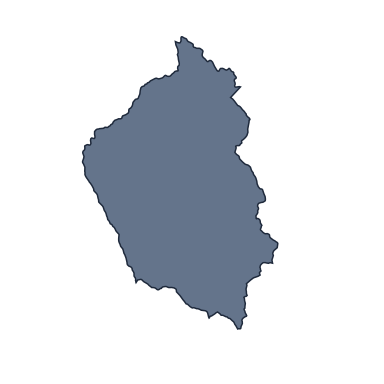 Carlos Fermin Fitzcarrald, Áncash, Peru, rotated 334°
{"feature_id": "86281439B49389172682123", "entity_name": "Carlos Fermin Fitzcarrald", "entity_type": "district", "adm_level": 2, "iso_a3": "PER", "parent_name": "Peru", "parent_adm1": "Áncash", "projection": "equal_earth", "projection_center": [-77.23, -9.052], "detail": "fine", "context": "isolated", "style": "filled", "palette": "slate", "viewbox_px": 384, "rotation_deg": 334, "n_neighbors": 0, "source": "geoboundaries", "source_scale": "gbopen_adm2", "svg_char_len": 6027}
<svg xmlns="http://www.w3.org/2000/svg" viewBox="0 0 384 384"><g transform="rotate(334 192 192)"><path d="M281.6,118.8L280.7,118.0L277.4,117.0L277.0,116.7L276.7,116.2L276.8,115.5L277.0,115.0L277.9,114.2L278.5,113.0L278.7,110.7L279.1,109.9L279.9,109.3L281.1,109.2L281.6,109.0L282.0,108.2L281.2,104.4L281.8,103.1L281.7,102.3L280.8,101.4L280.3,100.5L280.1,98.3L279.8,97.4L279.6,97.2L279.3,97.1L278.2,97.5L276.5,97.6L275.5,96.7L274.4,95.0L273.5,94.2L271.8,93.5L271.0,93.8L269.2,95.1L268.7,95.0L268.3,94.7L267.9,94.2L267.7,93.4L267.3,89.0L267.4,84.3L267.2,83.6L266.7,82.3L266.0,81.7L265.3,81.5L263.5,81.8L262.9,81.4L261.9,77.7L261.1,76.1L260.9,74.4L261.1,73.5L261.7,72.5L263.5,70.4L263.6,69.5L263.3,68.6L262.1,66.5L261.5,66.0L259.2,64.9L258.2,63.6L257.1,62.7L256.9,61.7L257.6,60.3L257.6,59.4L256.2,57.1L254.5,55.1L254.2,54.0L254.1,52.2L253.8,51.5L252.7,50.4L251.3,48.3L250.5,47.9L250.0,48.2L249.3,49.3L248.4,51.4L246.8,52.6L246.0,52.5L245.6,52.2L244.6,51.4L243.0,49.5L242.0,52.9L241.8,57.4L240.8,60.4L240.2,61.2L239.1,62.1L238.8,64.4L237.8,67.2L237.0,70.7L236.1,72.3L235.4,72.7L234.7,72.8L234.0,73.3L233.2,74.8L233.0,76.3L232.7,76.8L232.4,77.0L231.0,76.4L229.4,76.2L227.7,76.9L225.6,77.3L223.8,78.1L222.6,78.2L221.4,77.7L220.6,77.2L219.6,75.8L219.2,75.5L218.5,75.5L215.9,76.4L215.0,76.4L211.7,75.8L209.7,74.0L208.5,73.8L203.3,73.9L201.5,74.6L199.8,74.4L198.6,75.1L197.1,74.7L196.1,75.4L195.4,75.7L193.3,75.4L191.9,75.9L191.5,76.2L189.9,78.2L188.2,80.9L187.2,81.9L186.3,82.6L184.7,84.2L183.9,84.4L182.3,84.0L181.6,84.0L178.7,85.3L177.9,86.0L176.8,87.6L175.5,88.8L173.6,89.7L172.0,89.8L171.6,90.1L171.0,90.8L170.5,92.0L169.3,93.1L166.4,93.5L163.1,93.2L162.5,93.5L161.2,94.9L160.5,95.0L159.4,94.7L158.1,94.0L156.7,94.0L154.0,93.7L151.8,94.6L150.5,95.8L148.6,95.9L147.3,96.6L145.9,96.6L144.7,97.0L144.2,96.9L142.3,95.7L141.4,95.7L140.5,96.0L136.6,94.5L135.4,94.4L134.3,93.9L133.1,94.0L131.0,94.9L129.7,97.4L129.2,99.4L128.5,100.7L127.7,101.1L127.1,100.8L125.6,99.5L124.5,99.7L123.4,101.1L122.5,104.0L121.3,105.0L120.1,104.8L119.3,103.9L118.5,103.5L116.0,103.5L115.5,104.1L115.0,105.6L114.1,106.8L113.6,107.1L112.0,107.6L111.2,108.5L110.9,109.3L110.6,111.9L110.5,112.7L109.5,114.1L107.1,116.5L106.8,117.1L106.6,117.8L106.8,118.8L106.6,122.8L105.3,125.3L104.8,126.1L104.3,127.8L103.5,129.2L103.3,130.6L103.4,132.6L104.1,137.1L104.1,138.2L104.5,139.5L104.9,142.2L105.0,145.8L104.8,146.6L104.5,147.3L104.4,148.0L105.5,151.5L105.7,153.0L104.8,156.7L104.6,158.1L104.0,159.5L103.8,160.3L105.4,165.1L105.6,166.5L105.1,170.1L105.4,172.2L105.3,173.8L104.8,176.1L104.8,177.5L104.2,179.8L104.8,182.1L104.6,184.5L104.7,184.9L105.5,185.8L105.7,186.2L105.8,188.3L106.3,189.1L106.6,190.1L106.7,191.7L106.6,193.1L106.7,194.2L107.8,198.0L107.7,198.4L105.9,201.3L105.1,202.9L104.7,203.9L104.4,205.7L104.4,207.7L104.1,209.2L104.3,210.7L104.8,212.5L104.7,213.9L104.0,217.2L104.1,219.0L103.8,222.3L102.8,226.6L102.2,228.2L102.1,229.2L102.8,231.0L103.8,232.0L104.2,232.6L104.6,233.9L104.6,234.7L104.1,235.8L104.4,238.2L104.3,239.5L103.1,242.1L103.1,243.0L103.4,244.1L103.1,245.9L102.5,246.6L102.5,247.5L102.1,248.1L102.0,248.9L104.6,247.3L107.5,248.0L108.3,248.6L109.3,251.4L111.9,255.3L112.4,257.0L114.0,260.3L115.0,260.7L116.4,261.7L117.1,262.6L117.8,264.2L118.5,265.0L119.3,265.2L121.5,264.9L122.2,265.2L123.1,264.7L124.0,264.5L125.9,265.0L127.2,265.5L128.0,266.3L128.8,267.3L129.4,267.8L131.9,268.9L133.9,270.4L134.9,272.0L135.1,272.7L134.3,274.9L135.8,279.8L136.7,285.1L137.1,286.6L137.7,290.0L138.8,290.9L140.1,294.3L141.4,296.3L143.0,296.8L145.0,298.9L146.2,299.5L147.4,300.8L148.5,302.3L152.1,304.7L153.0,306.2L153.0,307.7L152.1,311.8L152.1,312.8L152.5,312.7L153.8,311.6L155.2,312.0L159.2,311.5L160.6,311.1L162.4,311.1L163.8,313.9L164.0,315.2L164.3,315.6L165.8,316.4L167.9,319.1L168.7,319.5L169.2,320.9L169.8,321.7L170.7,322.4L171.8,325.4L172.5,326.9L172.6,327.7L172.5,329.8L172.8,331.3L173.0,335.2L174.1,335.3L175.1,336.0L175.7,336.1L176.3,335.7L177.0,334.5L179.6,332.3L180.4,330.4L180.5,329.4L181.3,328.4L182.9,327.7L184.9,327.4L186.4,327.5L186.9,327.2L187.0,326.3L186.9,323.7L187.2,322.6L187.3,320.5L187.5,320.0L188.6,319.6L189.5,317.9L191.1,315.5L191.6,312.8L192.4,310.7L192.5,309.4L193.9,309.2L194.9,309.5L195.5,309.4L196.3,309.0L196.2,308.3L196.5,306.9L197.2,305.4L197.6,304.0L198.1,302.8L200.5,299.9L200.7,298.3L206.1,296.8L209.7,296.1L214.5,296.7L216.8,296.5L217.1,294.3L217.6,293.8L218.9,293.5L219.4,293.2L219.5,291.8L220.0,290.4L220.0,289.5L221.1,288.2L221.7,287.7L223.1,287.1L224.9,286.7L226.8,287.5L227.4,288.1L229.5,289.6L231.2,289.7L233.2,291.3L234.0,288.2L237.3,284.7L237.5,283.0L238.0,282.1L239.8,280.6L244.2,279.4L246.5,276.0L246.6,275.4L246.4,274.6L245.7,273.6L245.0,272.1L244.1,271.0L242.3,267.4L242.2,266.5L242.8,264.5L242.6,263.8L242.1,263.1L241.3,262.3L240.0,261.9L239.1,261.2L238.1,259.5L237.5,257.5L237.0,256.4L237.0,255.9L237.4,255.2L238.4,254.4L239.4,253.1L240.2,252.6L239.9,249.9L240.6,247.7L240.7,246.7L240.4,245.9L239.8,244.9L238.9,244.3L238.2,244.3L238.1,244.0L239.0,241.4L240.9,240.3L242.0,239.5L242.4,238.7L242.7,237.7L244.4,236.3L244.7,235.4L244.7,233.5L245.5,232.3L246.5,231.6L247.5,231.4L249.8,231.8L251.2,232.3L253.6,232.1L254.2,231.7L254.9,230.5L255.7,228.1L255.8,225.3L256.4,220.9L256.2,220.2L255.7,219.7L254.7,219.1L254.4,218.4L253.9,216.3L254.1,213.3L255.0,210.6L255.5,207.6L255.5,206.1L255.0,203.1L255.4,201.3L255.0,199.8L255.0,198.1L255.4,195.3L254.7,193.4L254.1,192.3L252.5,190.9L251.8,190.0L250.5,186.9L249.4,183.3L249.4,182.7L249.9,180.7L249.7,179.8L248.5,177.7L247.9,175.2L250.8,172.0L251.2,171.2L251.2,170.3L251.4,170.0L253.0,170.1L254.1,170.7L255.2,171.0L256.6,170.1L258.0,169.9L258.4,169.5L258.5,168.7L259.1,167.6L261.2,167.3L264.0,166.4L266.1,165.3L268.4,162.9L269.7,159.8L273.8,154.3L274.8,152.6L275.0,152.4L275.4,152.5L275.8,152.3L276.0,151.8L275.8,150.5L275.0,148.9L274.5,147.0L274.5,146.6L274.9,145.8L274.5,144.1L274.3,142.5L273.4,140.0L273.1,138.2L272.6,136.4L271.8,135.1L271.0,134.3L270.0,128.9L269.3,126.2L268.1,124.0L281.6,118.8Z" fill="#64748b" stroke="#1e293b" stroke-width="1.5"/></g></svg>